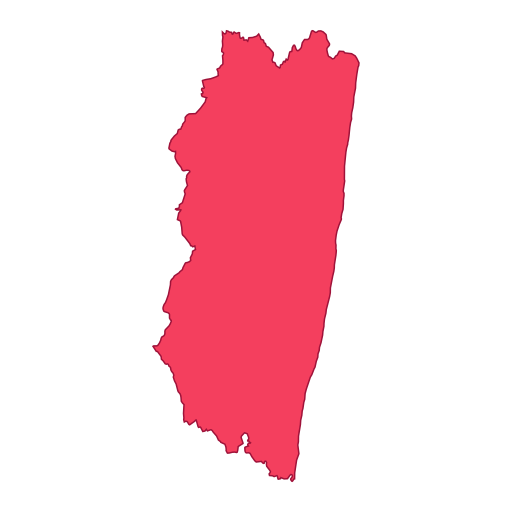 the district of Farafangana, Atsimo-Atsinanana, Madagascar
{"feature_id": "10022922B75046296685916", "entity_name": "Farafangana", "entity_type": "district", "adm_level": 2, "iso_a3": "MDG", "parent_name": "Madagascar", "parent_adm1": "Atsimo-Atsinanana", "projection": "equal_earth", "projection_center": [47.638, -22.832], "detail": "fine", "context": "isolated", "style": "filled", "palette": "rose", "viewbox_px": 512, "rotation_deg": 0, "n_neighbors": 0, "source": "geoboundaries", "source_scale": "gbopen_adm2", "svg_char_len": 5959}
<svg xmlns="http://www.w3.org/2000/svg" viewBox="0 0 512 512"><path d="M222.4,32.0L222.5,35.4L222.9,36.9L222.4,41.2L222.7,45.1L222.5,47.0L221.9,48.7L221.7,50.9L221.8,51.6L223.2,52.5L223.6,53.1L223.3,54.8L222.5,55.7L222.9,60.4L222.9,63.5L222.7,64.3L220.6,66.1L219.6,68.0L217.2,69.0L217.0,69.4L218.1,71.9L218.1,74.0L218.4,75.6L216.1,76.8L210.8,78.7L206.0,79.5L202.7,80.4L202.4,80.7L203.8,86.6L204.4,87.3L204.2,88.0L203.4,88.4L202.3,88.2L201.9,88.5L201.6,89.3L201.7,90.3L203.0,92.2L202.6,93.6L201.4,93.9L201.5,94.8L201.8,95.8L202.3,96.5L206.7,97.7L206.0,98.7L205.2,101.9L200.7,108.0L195.6,113.6L189.1,113.9L187.1,115.1L186.3,116.0L185.2,117.4L185.2,120.4L184.9,121.4L182.7,124.1L182.3,126.0L181.5,127.0L181.0,128.6L180.7,129.2L179.4,129.2L178.2,130.0L177.3,133.5L174.4,136.0L171.4,139.7L170.9,140.6L170.9,141.4L169.9,143.2L168.9,148.1L169.1,148.9L172.0,151.1L174.5,151.7L175.5,151.4L175.6,153.4L175.0,156.3L175.4,158.6L177.5,162.8L181.2,167.5L182.0,169.7L182.8,170.5L183.8,170.8L186.9,170.2L189.0,170.5L189.6,170.9L189.9,171.8L188.2,173.5L187.0,175.1L186.6,176.3L186.7,177.8L186.2,178.6L186.2,179.5L186.5,181.9L187.5,185.5L184.8,189.7L184.3,190.8L184.6,192.3L185.2,193.9L182.4,202.7L179.4,204.8L179.4,206.4L178.8,208.2L175.7,208.8L175.5,209.2L176.8,210.0L180.8,209.8L180.7,210.5L178.7,213.1L177.4,219.6L180.1,220.8L180.6,221.5L181.7,227.3L182.2,233.7L182.6,234.9L184.8,237.1L189.8,243.6L190.7,245.7L191.5,245.7L192.7,246.8L194.8,246.0L195.5,249.5L192.6,251.2L192.3,254.0L190.4,257.7L190.7,260.5L189.1,261.9L188.3,262.0L187.6,262.5L185.9,262.7L185.2,263.3L183.0,267.6L182.4,269.6L179.7,271.9L179.2,272.7L174.7,275.7L174.0,276.4L173.6,277.5L171.5,279.6L170.6,281.4L170.4,285.0L168.4,294.7L166.5,300.1L165.4,302.7L164.1,304.5L163.6,305.8L163.1,307.3L163.0,308.9L163.7,311.0L164.4,311.6L168.2,312.8L169.2,313.7L169.5,314.6L169.5,318.1L170.6,320.1L171.2,320.3L171.3,321.3L170.2,323.9L169.1,325.8L165.3,329.8L164.9,331.1L164.9,333.5L164.5,334.9L164.0,335.7L161.7,337.1L161.1,338.5L160.7,340.3L159.4,343.1L157.7,345.5L156.6,345.9L153.7,345.9L153.0,346.3L156.3,351.4L157.2,351.4L157.6,351.7L160.7,355.8L161.2,356.8L161.4,359.2L163.2,360.9L165.2,363.8L166.4,364.2L167.4,363.9L168.3,364.4L169.0,366.2L169.6,366.5L170.5,367.6L170.9,369.9L171.7,371.5L173.2,373.3L173.8,375.2L173.3,377.1L174.5,380.8L176.1,383.9L177.9,390.9L178.3,391.8L180.0,393.7L180.7,395.5L181.0,397.4L181.3,401.2L182.4,402.9L184.0,404.6L183.5,413.5L183.9,417.8L183.7,419.7L184.3,422.0L185.8,421.2L187.2,421.6L188.9,424.4L189.7,424.8L194.6,421.3L195.6,420.1L196.2,420.0L198.1,426.7L198.6,427.4L200.1,427.0L200.6,427.3L202.8,431.5L205.0,431.0L206.3,429.3L207.4,430.9L210.6,429.8L211.4,429.9L212.4,430.8L213.2,432.1L216.6,436.0L218.4,440.0L220.5,441.6L220.8,442.3L224.9,444.2L225.9,446.9L226.2,449.3L226.1,450.7L227.4,453.1L229.3,453.0L232.5,452.2L234.8,452.1L236.5,452.5L237.2,452.2L237.7,450.4L238.2,446.5L243.0,443.5L243.0,443.0L241.1,437.4L241.5,436.0L244.5,432.8L247.2,433.7L248.6,437.3L248.7,438.3L248.6,439.2L248.1,439.7L247.7,440.4L247.9,441.0L248.4,440.5L249.4,441.9L250.5,442.8L250.0,443.3L248.9,443.0L247.8,444.2L247.7,444.9L248.4,446.0L245.2,447.1L244.8,447.7L245.0,450.9L245.3,451.9L245.8,452.6L246.6,452.9L248.8,452.8L250.1,453.4L251.8,456.6L254.8,460.8L256.2,462.0L261.4,461.4L262.6,462.9L263.7,463.4L264.1,463.3L264.5,461.7L265.0,461.2L265.8,461.2L266.6,462.6L266.4,464.3L266.7,466.3L269.6,470.1L270.4,471.5L270.4,472.0L269.9,472.9L269.1,473.9L269.5,475.5L272.6,475.8L274.1,476.6L276.9,475.6L277.4,476.3L278.0,479.0L278.5,479.2L280.5,478.7L280.9,477.6L284.1,478.9L287.5,478.7L290.0,475.2L290.9,474.5L291.7,474.7L292.3,475.3L292.4,476.1L292.0,477.1L290.7,478.9L290.7,479.7L291.6,481.0L292.1,481.3L292.6,481.0L293.9,479.0L294.6,478.9L294.7,472.8L296.6,460.1L298.9,453.7L297.8,445.0L298.4,441.9L298.5,436.1L300.4,424.6L300.7,420.2L301.8,415.3L302.2,411.0L302.9,408.5L303.8,402.3L304.7,399.3L305.1,393.6L306.3,389.1L310.3,377.2L311.8,374.7L314.0,369.0L315.0,367.1L316.3,361.2L317.8,357.2L318.0,353.8L319.2,350.5L319.5,347.3L321.0,342.7L322.6,335.1L322.9,331.5L323.9,326.4L324.0,323.3L324.5,318.9L325.9,313.2L326.3,309.5L329.6,296.6L330.3,292.7L330.4,287.9L332.7,276.0L333.8,271.4L334.3,268.0L334.4,264.7L335.9,255.3L336.2,252.2L336.3,250.6L335.9,248.6L336.0,245.1L335.6,243.2L335.5,240.6L336.2,235.1L337.0,231.1L339.2,224.5L341.3,219.6L341.4,218.8L341.1,217.6L341.8,213.4L343.0,209.4L343.4,203.7L343.4,200.4L344.0,195.8L344.0,193.3L343.3,191.6L343.3,190.2L344.7,180.9L344.4,179.4L344.5,166.1L345.9,152.1L346.6,147.9L347.7,144.2L347.7,142.9L348.4,139.9L349.0,135.5L349.8,127.3L350.6,122.3L351.6,119.0L351.4,116.0L351.7,112.7L352.8,107.7L353.6,102.2L353.8,96.9L355.5,88.2L355.7,82.8L356.8,74.4L358.0,67.2L358.7,65.7L359.0,62.9L356.7,58.2L355.2,55.9L351.6,53.7L344.8,52.9L343.6,51.5L339.3,51.2L337.2,55.2L335.6,56.1L334.2,58.4L332.4,58.9L330.5,57.3L328.9,56.6L328.3,55.8L327.5,53.0L326.9,50.1L326.9,48.5L328.2,46.6L329.0,45.8L329.5,44.8L329.5,43.8L326.8,39.2L326.3,35.7L326.0,34.5L323.2,31.9L320.9,30.9L318.4,31.0L316.5,32.3L315.5,32.4L313.0,30.8L312.2,30.7L311.5,31.4L309.5,37.9L308.8,38.8L307.7,39.5L304.6,39.5L304.0,40.2L302.3,42.8L301.3,47.5L299.9,49.3L298.3,50.6L297.4,50.7L296.8,50.2L295.8,48.5L295.4,46.9L294.6,45.3L294.1,45.1L293.5,45.4L292.3,47.6L291.9,50.9L291.7,51.5L290.3,51.6L289.9,51.9L289.5,52.8L287.9,59.7L287.3,60.1L286.2,59.1L285.1,62.0L284.5,61.8L284.3,61.3L283.5,61.5L282.3,64.3L280.5,65.0L280.1,67.6L279.6,68.0L276.2,65.8L275.0,62.8L273.7,62.2L272.9,62.3L272.0,59.9L273.4,54.9L273.1,52.5L268.5,47.2L266.3,46.3L265.4,43.5L264.1,42.7L263.5,40.4L263.0,39.9L261.0,39.3L260.3,37.1L258.7,34.0L256.6,36.2L252.5,37.5L248.9,37.7L247.7,41.2L246.4,39.9L244.0,40.2L243.6,37.8L243.0,37.2L241.3,38.3L240.4,38.3L240.0,37.5L239.5,34.9L239.5,32.7L238.5,32.6L236.9,33.3L236.0,33.3L234.1,32.0L233.5,32.6L233.2,33.6L232.7,34.2L232.0,33.9L231.5,32.3L229.7,32.2L227.9,31.1L226.5,30.8L226.1,32.8L225.5,33.7L224.8,33.9L223.9,33.5L222.4,32.0Z" fill="#f43f5e" stroke="#9f1239" stroke-width="1.5"/></svg>